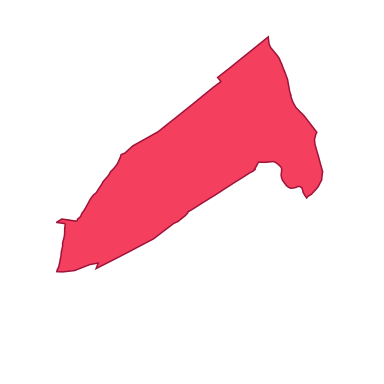 outline of Pāvilosta, Pavilostas, Latvia, rotated 322°
{"feature_id": "27541924B98324195645894", "entity_name": "Pāvilosta", "entity_type": "district", "adm_level": 2, "iso_a3": "LVA", "parent_name": "Latvia", "parent_adm1": "Pavilostas", "projection": "natural_earth1", "projection_center": [21.193, 56.882], "detail": "fine", "context": "isolated", "style": "filled", "palette": "rose", "viewbox_px": 384, "rotation_deg": 322, "n_neighbors": 0, "source": "geoboundaries", "source_scale": "gbopen_adm2", "svg_char_len": 2739}
<svg xmlns="http://www.w3.org/2000/svg" viewBox="0 0 384 384"><g transform="rotate(322 192 192)"><path d="M159.6,119.0L159.2,118.9L156.9,120.5L151.6,123.3L149.2,124.3L145.7,125.1L143.6,125.5L140.6,125.8L137.0,127.3L132.8,128.3L129.7,128.8L127.6,129.3L126.8,129.9L122.7,131.3L119.9,132.2L116.7,133.4L114.9,133.7L113.0,133.6L109.9,134.3L106.7,135.3L104.6,136.3L101.6,137.6L98.4,139.0L95.2,140.2L93.1,140.7L91.4,141.4L89.6,142.5L87.9,142.9L85.3,142.9L84.0,143.7L83.2,144.0L77.4,138.1L77.6,138.1L72.6,133.0L72.3,133.1L67.0,132.5L66.7,132.8L72.3,138.6L72.0,139.6L71.7,140.0L70.7,140.9L70.0,141.6L69.6,142.0L69.0,142.6L68.3,143.5L67.4,144.6L66.6,145.6L65.8,146.5L64.7,147.7L64.3,148.1L63.8,148.5L63.2,149.0L62.4,149.7L61.5,150.3L60.9,150.8L60.4,151.1L59.7,151.7L58.5,152.7L57.9,153.4L57.4,154.2L57.0,154.7L56.2,155.4L55.6,155.9L55.2,156.2L54.7,156.7L53.7,157.5L52.5,158.4L51.5,159.4L49.6,161.5L48.0,162.9L46.8,163.9L46.0,164.6L45.0,165.6L43.1,167.1L41.9,168.1L41.2,168.7L40.3,169.2L39.5,169.6L38.8,169.9L38.1,170.3L37.5,170.6L36.9,171.1L36.4,171.5L39.3,174.0L41.0,175.4L43.9,177.2L51.1,181.6L52.1,181.9L66.2,186.1L66.4,186.1L74.4,190.2L74.1,190.4L69.3,193.3L86.1,196.6L104.5,200.1L120.1,202.9L132.6,205.2L158.1,205.5L161.7,206.3L162.8,206.6L172.1,206.5L175.9,205.8L176.5,205.0L176.8,205.1L177.7,205.3L178.5,205.5L183.9,206.1L189.4,206.6L193.5,207.0L193.5,206.9L198.7,207.6L199.3,207.6L208.0,208.6L214.6,209.2L219.8,209.6L225.8,210.2L231.7,210.7L232.4,210.8L239.8,211.6L247.5,212.3L249.7,212.5L253.0,213.2L253.8,213.1L255.6,213.1L255.5,212.3L256.2,212.3L258.9,211.1L260.5,210.5L261.1,210.2L261.6,209.9L262.2,209.6L262.8,209.4L264.7,211.1L268.4,214.0L272.4,216.5L274.7,218.0L275.9,219.7L276.8,222.6L277.3,225.5L277.4,227.9L276.5,229.5L274.9,231.3L272.7,233.4L271.4,235.8L270.5,238.6L270.4,242.5L270.3,245.0L270.6,246.4L271.0,247.7L271.9,249.6L273.7,250.9L276.2,252.2L279.2,253.1L280.1,253.7L281.1,256.2L280.5,258.2L279.3,260.8L278.8,264.3L278.7,267.3L280.9,266.8L284.5,267.3L290.5,266.4L294.7,265.5L301.6,262.3L306.1,257.6L307.3,256.7L308.9,252.9L312.6,244.0L313.0,243.2L316.3,234.9L318.4,229.9L320.9,226.0L323.9,223.7L325.0,222.8L327.1,221.8L327.1,221.2L327.2,208.7L327.2,208.1L327.2,207.0L327.2,202.7L327.2,201.1L327.2,200.8L327.2,200.5L326.4,194.1L325.9,189.0L326.0,188.4L326.9,183.0L329.0,176.8L329.4,176.9L329.7,176.2L330.6,173.5L336.6,162.1L339.5,153.1L339.3,153.0L339.4,152.7L339.5,152.4L341.5,146.3L342.0,144.0L342.7,141.4L343.0,140.3L343.2,136.9L342.9,126.7L343.5,124.0L344.2,122.2L347.6,116.7L308.3,117.3L305.2,117.4L297.4,117.5L282.7,117.5L282.8,122.8L272.8,122.6L244.2,123.2L243.7,123.2L235.0,123.3L227.0,123.4L200.8,123.6L200.9,123.4L173.8,119.2L163.0,120.0L159.6,119.0Z" fill="#f43f5e" stroke="#9f1239" stroke-width="1.5"/></g></svg>